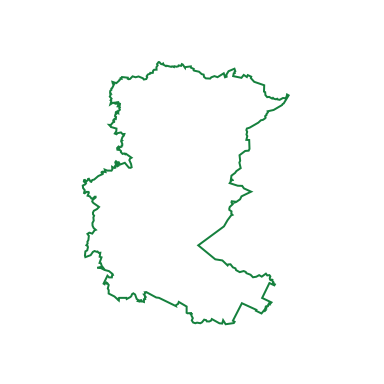 Ruapehu District, Manawatu-Wanganui, New Zealand (Natural Earth projection), rotated 26°
{"feature_id": "76426892B73257627899839", "entity_name": "Ruapehu District", "entity_type": "district", "adm_level": 2, "iso_a3": "NZL", "parent_name": "New Zealand", "parent_adm1": "Manawatu-Wanganui", "projection": "natural_earth1", "projection_center": [175.226, -39.089], "detail": "fine", "context": "isolated", "style": "outline", "palette": "green", "viewbox_px": 384, "rotation_deg": 26, "n_neighbors": 0, "source": "geoboundaries", "source_scale": "gbopen_adm2", "svg_char_len": 5960}
<svg xmlns="http://www.w3.org/2000/svg" viewBox="0 0 384 384"><g transform="rotate(26 192 192)"><path d="M87.9,114.1L86.7,117.6L85.6,118.4L84.6,118.4L84.2,117.4L78.6,119.4L78.5,120.2L79.0,121.0L78.1,121.1L78.4,121.7L77.6,122.7L77.9,123.3L76.3,127.3L72.2,127.9L73.1,129.0L74.6,129.4L74.3,130.1L74.7,130.4L74.7,133.4L74.2,134.4L74.8,135.6L74.2,136.7L74.6,138.2L76.1,139.3L75.5,139.6L76.3,140.8L76.3,142.3L78.8,143.4L78.6,145.3L79.6,145.6L80.2,149.0L81.6,146.7L83.8,145.3L84.5,145.5L83.8,146.2L84.7,146.1L84.9,144.5L85.8,143.9L85.8,145.5L86.9,145.3L87.1,144.2L88.6,144.3L89.2,146.3L87.7,147.0L87.7,147.6L89.1,147.1L90.1,147.6L89.9,148.6L91.1,149.7L90.4,151.5L89.2,151.5L90.5,152.2L91.1,153.3L89.1,152.8L88.6,153.5L88.8,154.4L89.9,154.6L89.2,156.0L89.5,157.5L90.8,157.8L91.5,159.8L90.3,160.1L89.8,162.1L90.2,162.7L91.0,162.4L91.3,163.2L90.5,164.0L89.6,167.4L88.1,168.0L89.4,168.5L89.8,168.0L90.7,169.1L96.3,168.1L97.3,170.5L97.0,173.3L98.8,173.2L99.3,171.7L102.0,169.6L104.2,170.4L105.8,169.5L105.9,170.2L104.7,170.5L105.9,171.6L105.4,173.2L105.8,176.3L106.7,176.4L106.2,177.5L108.3,179.3L108.9,180.8L108.4,181.2L108.8,182.2L107.8,183.3L106.8,183.3L107.0,183.9L106.0,183.5L105.6,184.8L106.4,185.2L105.7,185.7L106.4,186.7L108.8,185.9L110.3,186.4L110.6,187.3L112.9,188.2L114.1,187.1L115.5,187.4L115.8,186.6L122.6,187.7L121.7,189.1L121.7,190.8L125.0,193.6L126.9,196.2L126.2,197.2L124.6,197.8L118.8,195.2L115.4,198.8L113.1,197.4L112.8,197.9L114.4,200.5L113.5,201.8L112.3,201.0L112.0,198.1L110.2,197.7L110.0,198.9L111.8,200.9L111.4,202.6L112.3,203.9L111.5,204.5L109.2,204.4L110.5,206.6L110.3,208.1L106.4,209.9L103.8,210.1L105.5,212.0L103.0,212.7L102.1,213.6L102.2,214.2L103.7,214.4L103.9,215.0L100.8,218.7L98.6,223.7L97.1,225.0L97.0,227.0L96.2,227.1L93.5,225.3L92.9,225.8L93.2,226.9L92.4,228.7L90.4,228.1L89.8,228.6L90.2,230.0L92.9,230.6L92.7,231.9L91.0,234.1L92.4,236.2L94.8,237.4L95.4,240.2L96.1,240.2L97.2,238.1L99.0,237.3L99.6,237.9L99.8,241.1L102.0,240.7L104.4,241.9L106.0,241.0L106.6,238.9L107.4,238.5L107.8,239.2L106.2,242.6L106.5,244.3L108.1,245.1L115.0,246.2L114.1,249.0L112.0,251.9L112.0,254.0L112.9,255.5L114.4,256.2L114.5,258.1L116.2,260.8L116.1,263.5L117.4,265.9L119.4,267.5L122.1,268.2L121.2,269.2L120.6,273.1L117.5,273.6L116.4,275.5L118.5,276.6L119.9,280.5L119.8,282.6L120.8,284.1L120.4,286.2L122.0,286.4L122.7,287.3L123.4,290.4L122.2,292.1L123.7,296.2L124.7,297.3L128.6,293.2L129.2,289.3L130.3,287.8L132.6,287.5L133.2,286.9L134.8,287.6L136.2,286.8L137.4,290.7L139.3,290.4L140.0,296.3L141.4,296.0L143.1,297.9L145.3,299.0L142.6,299.6L140.0,301.7L143.5,300.3L147.6,300.4L152.0,299.5L156.5,300.5L157.3,301.2L156.7,301.7L157.4,303.9L154.9,305.1L152.7,304.3L152.7,313.1L153.7,313.2L153.4,312.0L155.2,311.8L155.0,310.9L155.8,311.0L157.9,312.1L158.6,315.6L160.2,316.8L161.6,319.8L168.1,319.9L173.8,321.6L173.5,320.8L172.8,321.3L172.3,320.8L172.9,319.1L179.4,315.9L180.2,316.8L182.7,313.4L183.1,312.0L182.9,310.2L183.7,308.8L185.8,309.1L189.2,312.4L191.3,312.7L191.1,313.8L192.6,313.5L192.3,312.7L193.2,312.7L192.8,312.2L193.7,311.5L194.7,312.2L197.0,311.9L195.8,309.5L196.9,308.8L195.8,307.1L196.3,306.6L193.8,305.2L194.3,304.9L194.0,303.5L194.6,302.7L194.0,302.5L194.7,302.0L206.1,302.5L208.7,301.6L227.5,301.6L227.0,301.1L228.5,298.7L228.3,296.6L237.4,297.3L240.1,302.9L241.1,303.0L244.1,301.3L244.4,302.2L245.2,301.8L245.6,303.3L248.0,305.0L248.1,307.5L250.2,308.8L252.5,308.5L253.8,307.2L257.0,306.3L258.1,304.8L258.9,301.4L260.9,301.0L262.0,301.8L264.3,300.8L265.5,299.2L265.5,297.5L274.2,298.0L276.8,297.0L276.2,293.6L280.2,296.1L287.0,291.5L287.2,290.0L285.2,289.8L285.6,270.1L301.5,269.7L301.5,270.7L307.7,270.7L308.6,266.9L309.6,267.1L310.0,265.8L308.9,265.5L308.9,264.2L309.5,264.0L308.6,263.1L308.8,262.1L309.7,262.2L310.3,261.4L309.9,259.9L310.8,259.3L310.1,259.0L310.1,257.5L310.5,257.0L311.5,257.5L311.8,256.4L301.5,256.5L301.5,239.9L306.9,239.8L307.0,238.7L305.3,238.7L304.6,238.0L304.8,237.4L303.0,236.6L302.8,235.7L302.2,235.7L301.3,236.7L300.5,236.5L299.7,235.5L299.4,233.5L298.0,232.8L296.2,234.0L294.2,233.0L291.8,237.5L288.8,237.3L286.9,240.0L284.2,241.9L280.9,240.7L276.5,241.1L275.3,240.3L273.1,240.4L270.0,243.1L265.9,242.9L264.5,241.6L261.8,241.8L258.3,240.1L256.3,241.2L256.2,242.4L249.3,240.2L242.4,242.3L221.0,237.2L235.8,208.9L236.3,201.8L237.4,195.9L238.4,194.8L236.8,194.2L236.0,192.1L233.4,191.7L232.8,190.6L232.5,188.8L233.9,185.2L232.0,184.0L231.8,182.9L235.3,181.7L235.2,182.5L236.1,181.6L238.4,177.5L238.4,174.2L245.0,165.8L237.1,166.0L234.4,164.5L230.4,166.3L222.0,167.5L222.4,164.1L223.3,163.5L222.9,163.2L221.6,164.1L220.3,160.0L222.4,155.9L222.7,153.8L225.3,149.2L221.7,144.8L221.6,142.8L218.6,138.1L221.8,131.8L224.8,130.0L224.8,128.1L220.6,120.2L218.0,121.3L217.2,117.5L215.8,116.5L215.2,113.7L213.7,112.5L213.5,110.9L215.6,108.9L221.2,100.6L222.5,97.3L224.1,96.1L225.3,94.0L225.6,93.0L224.5,91.8L225.2,90.1L224.8,89.5L225.3,87.0L224.6,86.3L229.4,82.5L234.8,74.4L234.9,73.2L235.6,72.2L236.5,62.8L234.7,62.7L235.3,65.2L234.5,67.0L232.6,67.6L230.4,70.7L228.2,71.3L227.7,70.9L226.7,71.9L224.9,72.3L223.5,71.9L223.1,72.9L219.6,72.7L218.0,73.8L215.5,72.7L214.0,70.2L212.7,70.2L210.1,64.4L199.6,65.7L194.9,63.8L194.7,62.4L190.9,62.5L190.9,64.6L187.2,64.1L186.4,67.7L178.2,69.8L177.5,67.1L178.3,66.4L177.6,65.5L178.0,64.5L176.1,62.6L171.9,67.4L171.5,71.6L172.6,73.2L171.4,74.4L168.5,71.4L164.6,77.6L161.4,78.0L159.1,80.4L158.6,82.1L154.6,83.8L152.4,83.3L151.0,81.4L149.0,81.8L145.6,80.8L140.6,82.0L139.9,81.7L139.6,80.6L136.5,80.7L135.9,79.6L131.2,82.7L131.4,83.5L127.8,81.5L126.8,81.5L126.9,83.4L124.5,84.1L124.6,85.0L123.2,86.2L121.0,86.7L121.1,87.6L119.0,87.8L118.5,88.6L113.9,89.6L113.5,90.3L110.8,90.1L109.7,89.2L109.3,90.3L107.9,90.5L105.8,89.6L105.0,89.9L104.5,92.4L105.6,93.2L105.3,95.4L106.5,97.6L104.4,98.7L103.9,99.9L104.5,102.1L102.3,103.2L102.6,103.9L100.8,105.8L100.5,107.8L101.4,108.4L101.4,110.5L99.4,112.0L98.0,111.3L93.3,111.6L91.0,113.6L87.9,114.1Z" fill="none" stroke="#15803d" stroke-width="2"/></g></svg>